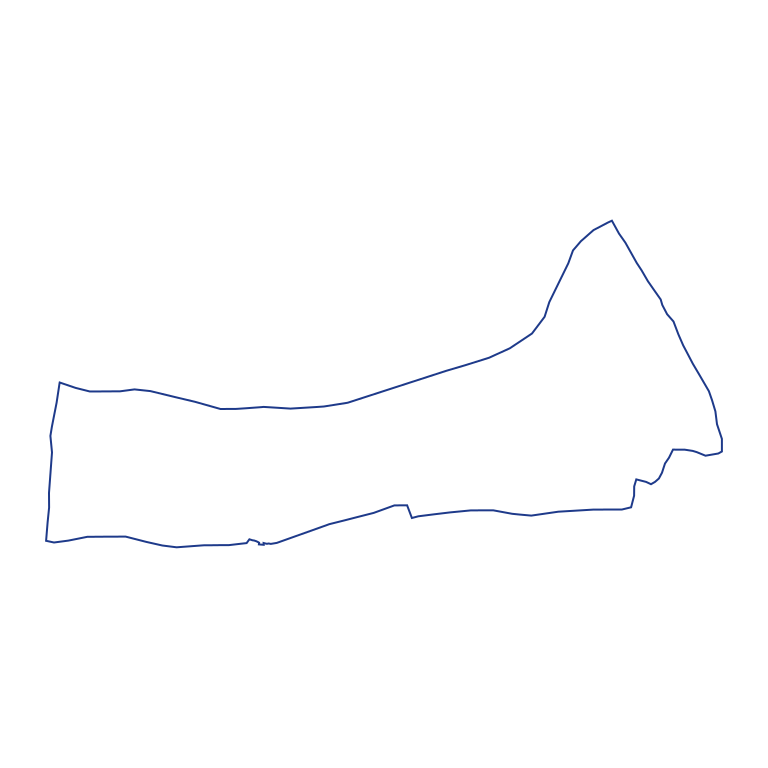 outline of Akoko North East, Ondo, Nigeria
{"feature_id": "59680162B30693560799830", "entity_name": "Akoko North East", "entity_type": "district", "adm_level": 2, "iso_a3": "NGA", "parent_name": "Nigeria", "parent_adm1": "Ondo", "projection": "natural_earth1", "projection_center": [5.819, 7.563], "detail": "fine", "context": "isolated", "style": "outline", "palette": "blue", "viewbox_px": 768, "rotation_deg": 0, "n_neighbors": 0, "source": "geoboundaries", "source_scale": "gbopen_adm2", "svg_char_len": 1754}
<svg xmlns="http://www.w3.org/2000/svg" viewBox="0 0 768 768"><path d="M611.9,220.7L607.8,222.6L593.5,230.1L580.9,241.2L573.0,250.4L568.3,263.3L549.3,302.1L544.6,316.8L532.0,333.5L509.8,348.3L495.5,354.8L489.2,357.7L465.3,365.2L446.3,370.8L347.8,402.7L346.1,403.0L323.9,406.5L316.6,407.0L290.5,408.6L274.8,407.6L263.4,406.9L261.8,407.1L245.4,408.3L236.4,408.9L220.5,409.0L195.0,401.8L176.4,397.4L172.7,396.5L150.4,391.1L134.5,389.4L120.2,391.3L107.4,391.4L89.9,391.5L75.6,387.9L59.7,382.5L59.6,382.9L56.6,402.7L51.9,426.7L50.4,435.9L52.0,452.4L50.5,472.7L49.0,492.9L49.1,507.6L47.6,522.4L46.1,540.8L54.0,542.5L68.4,540.6L87.4,536.8L90.2,536.8L103.3,536.7L125.6,536.6L146.3,541.9L162.3,545.5L175.0,547.1L176.6,547.3L203.6,545.3L217.0,545.2L221.3,545.1L229.1,545.1L241.2,543.7L246.6,543.1L249.4,539.3L252.6,540.3L254.1,540.5L255.0,540.8L256.2,541.2L257.9,542.0L259.1,542.7L258.9,544.4L263.7,544.8L263.6,543.0L265.0,543.4L266.9,543.8L268.7,543.5L270.8,543.9L276.8,542.9L323.4,526.3L325.7,525.5L329.2,524.2L344.8,520.3L356.8,517.2L373.7,512.9L394.4,505.4L407.1,505.3L411.9,518.0L418.3,516.3L434.2,514.3L450.1,512.4L470.8,510.4L493.1,510.3L512.2,513.8L519.1,514.5L531.3,515.6L558.3,511.7L593.3,509.6L622.0,509.5L631.1,507.3L634.1,495.7L634.2,486.4L636.3,479.4L646.1,481.9L651.0,484.2L655.0,481.9L658.9,478.5L662.0,472.7L663.1,469.3L665.0,463.5L669.0,457.7L673.0,449.6L679.0,449.7L684.9,449.7L692.7,450.9L696.7,452.1L705.5,455.7L718.3,453.5L721.9,451.5L721.9,438.9L717.0,424.2L715.4,411.4L712.1,400.4L708.9,391.2L699.3,374.7L692.8,363.7L688.0,354.5L683.2,345.4L678.4,334.4L673.5,321.5L667.1,314.2L662.3,305.0L660.7,299.5L654.3,290.4L647.9,281.2L641.5,270.2L636.7,262.9L625.4,242.7L619.0,233.6L611.9,220.7Z" fill="none" stroke="#1e3a8a" stroke-width="2"/></svg>